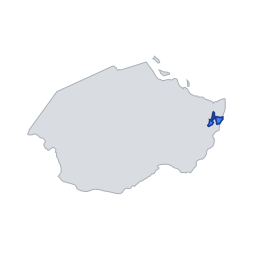 Masasi, Mtwara, United Republic of Tanzania (highlighted), rotated 307°
{"feature_id": "72390352B56058142056871", "entity_name": "Masasi", "entity_type": "district", "adm_level": 2, "iso_a3": "TZA", "parent_name": "United Republic of Tanzania", "parent_adm1": "Mtwara", "projection": "orthographic", "projection_center": [38.96, -10.762], "detail": "fine", "context": "in_parent", "style": "filled", "palette": "blue", "viewbox_px": 256, "rotation_deg": 307, "n_neighbors": 0, "source": "geoboundaries", "source_scale": "gbopen_adm2", "svg_char_len": 6941}
<svg xmlns="http://www.w3.org/2000/svg" viewBox="0 0 256 256"><g transform="rotate(307 128 128)"><path d="M99.7,173.3L97.3,172.1L95.2,171.4L93.4,170.5L92.6,169.7L90.9,169.4L89.5,169.3L88.2,168.6L85.4,168.4L85.1,167.9L85.1,166.7L84.6,166.4L83.6,166.2L82.5,166.2L81.9,166.4L81.5,166.3L80.6,165.7L79.8,164.8L79.4,163.5L78.2,162.6L76.7,162.0L72.7,162.1L72.1,161.9L71.2,161.3L70.0,160.2L69.1,158.9L68.3,157.1L67.4,154.8L62.7,145.4L62.2,143.6L61.3,141.6L59.8,139.2L58.2,137.4L56.0,135.8L53.6,134.3L52.3,133.2L49.8,128.8L49.3,126.7L48.8,124.6L49.0,123.7L50.5,120.8L50.6,120.0L50.4,119.0L49.6,116.8L48.6,114.1L46.6,109.3L46.3,108.0L46.3,107.1L47.4,102.1L47.4,101.4L52.0,101.3L55.3,99.1L58.2,95.7L58.7,94.3L59.9,92.2L61.0,91.1L61.5,90.4L62.1,88.3L63.7,86.8L65.1,85.7L64.8,84.9L65.0,84.7L65.9,84.1L67.4,83.5L67.7,82.4L67.7,81.2L67.5,80.5L67.5,79.7L67.3,79.3L66.2,79.2L64.7,78.6L63.4,78.4L62.5,78.1L62.2,77.8L62.0,77.1L62.7,75.1L62.0,74.4L63.6,71.2L63.9,70.8L64.5,70.7L65.4,70.4L66.2,70.2L66.9,70.3L67.5,70.2L67.9,69.8L68.3,68.7L68.6,66.9L68.4,65.5L67.7,64.4L67.5,62.7L67.8,60.3L67.6,58.4L66.9,56.9L66.1,56.1L65.0,55.7L63.1,53.4L62.6,52.3L62.7,51.6L63.3,51.3L64.5,51.3L65.5,51.0L66.6,50.4L67.5,50.1L68.1,50.2L114.2,49.3L168.3,78.6L168.6,79.0L169.0,81.5L168.9,82.4L168.1,83.9L167.8,84.7L167.8,85.2L168.0,85.4L168.7,85.5L169.3,85.9L169.6,86.1L170.0,87.3L170.6,87.8L191.2,102.5L191.7,102.8L191.4,104.0L190.2,107.0L190.1,108.3L189.7,109.7L189.3,110.7L188.1,114.9L187.1,116.5L185.7,120.2L185.5,123.1L186.3,125.1L186.5,126.9L188.1,128.8L189.4,129.4L190.2,130.3L191.8,132.2L192.6,134.1L195.3,135.0L196.4,137.2L196.0,138.7L194.8,139.9L193.6,141.9L192.6,144.5L192.6,148.5L193.2,147.9L194.7,148.8L194.9,151.8L193.4,155.2L192.9,156.8L192.8,158.2L193.9,162.3L195.5,164.4L195.4,165.0L195.0,165.6L197.8,169.3L197.5,172.5L198.6,175.0L199.0,177.1L199.7,178.8L199.8,179.9L199.0,181.2L201.0,181.5L202.2,182.6L202.7,183.6L204.2,183.5L205.0,184.2L206.1,184.8L208.6,186.5L209.3,187.3L209.7,188.1L202.8,193.4L200.3,194.7L198.5,195.3L196.6,195.7L194.8,196.5L193.1,197.8L190.9,198.5L188.2,198.5L185.4,199.4L181.0,202.1L178.4,200.6L176.4,200.1L174.1,200.2L172.7,200.4L172.2,200.7L171.8,201.6L171.4,203.2L169.9,204.6L167.2,206.0L164.8,206.6L162.6,206.2L161.0,205.7L160.2,204.9L159.1,204.5L157.5,204.6L156.1,205.2L154.7,206.3L152.4,206.7L149.3,206.6L147.7,206.1L147.4,205.2L146.1,204.2L143.6,203.0L141.8,202.9L140.6,204.1L139.5,204.9L138.6,205.2L137.7,205.2L136.5,204.9L133.0,204.9L129.8,204.9L129.5,203.2L128.8,202.2L128.2,201.6L127.1,201.5L126.8,201.0L126.4,200.0L125.8,199.1L125.1,198.3L124.6,197.6L124.5,197.0L124.6,196.3L125.2,194.6L125.4,193.4L125.3,192.1L124.9,190.9L124.2,189.4L124.2,189.0L124.0,188.0L123.9,187.3L124.1,186.4L123.9,185.2L123.2,182.7L123.2,182.1L122.5,180.9L120.3,178.1L120.2,177.7L116.8,174.9L115.4,174.3L114.9,174.9L114.7,175.4L114.9,176.3L114.8,176.7L114.7,176.9L113.9,176.9L113.4,176.8L112.1,176.1L111.1,175.9L108.6,176.1L107.7,176.3L107.1,176.1L105.7,174.8L104.2,174.6L102.8,174.5L100.5,173.1L99.7,173.3ZM195.7,124.6L196.8,127.8L196.7,128.4L195.9,128.7L195.5,128.7L195.0,128.2L194.6,127.2L194.0,127.4L193.0,126.2L192.0,126.1L191.1,124.6L191.4,123.3L191.2,121.0L192.3,119.9L192.9,117.9L193.7,119.3L193.8,121.3L194.8,123.8L195.7,124.6ZM201.2,105.9L201.2,106.7L201.0,107.4L201.1,109.6L201.0,111.1L200.1,113.1L199.4,113.9L198.8,113.6L198.3,113.3L197.9,112.7L198.7,109.0L198.3,106.2L199.9,106.5L201.2,105.9ZM198.8,151.3L198.0,151.5L197.7,151.3L197.2,150.7L198.1,150.1L198.9,149.1L200.8,147.6L201.7,146.4L201.6,147.6L200.5,150.1L199.6,150.3L198.8,151.3Z" fill="#d9dde1" stroke="#a8b0b8" stroke-width="1"/><path d="M193.9,197.1L193.7,196.9L193.5,196.7L193.4,196.6L193.2,196.3L193.0,196.2L192.8,196.1L192.7,196.1L192.6,196.3L192.3,196.3L192.3,196.2L192.4,195.9L192.2,195.9L192.1,195.6L191.9,195.5L191.6,195.2L191.6,194.7L191.5,194.2L191.3,194.0L191.2,193.8L191.2,193.7L190.9,193.6L190.7,193.5L190.7,193.2L190.4,193.1L190.2,192.9L190.2,192.7L190.3,192.6L190.5,192.4L190.3,192.3L190.3,192.2L190.1,192.1L190.0,191.9L189.9,191.6L189.7,191.8L189.5,191.7L189.4,191.7L189.0,191.7L188.9,191.7L188.6,191.7L188.5,191.8L188.4,191.9L188.4,192.0L188.3,192.3L187.7,192.3L187.7,192.5L187.8,192.5L187.7,192.7L187.7,192.9L187.8,193.0L187.7,193.2L187.7,193.3L187.5,193.5L187.3,193.7L187.2,193.8L186.9,193.9L186.7,193.9L186.7,194.0L186.6,194.3L186.6,194.5L186.4,194.7L186.4,194.8L186.2,195.0L185.9,195.3L185.6,195.5L185.4,195.6L185.0,195.9L184.8,196.0L184.7,196.1L184.6,196.3L184.5,196.6L184.5,196.9L184.8,196.9L184.9,197.0L185.0,197.2L185.2,197.3L185.3,197.3L185.4,197.5L185.5,197.5L185.7,197.8L185.9,197.7L186.1,197.8L186.2,198.0L186.3,198.0L186.4,198.4L186.5,198.4L186.6,198.5L186.8,198.5L187.0,198.5L187.3,198.4L187.4,198.5L187.6,198.5L187.8,198.5L188.3,198.5L188.5,198.5L188.8,198.4L189.2,198.4L189.4,198.3L189.7,198.3L190.0,198.3L190.2,198.2L190.3,198.1L190.5,198.2L190.8,198.3L191.0,198.3L191.6,198.6L191.9,198.6L192.0,198.6L192.3,198.3L192.5,198.2L193.0,197.9L193.2,197.6L193.3,197.5L193.4,197.4L193.9,197.1ZM190.6,186.9L190.6,187.0L190.3,187.1L190.2,187.2L190.0,187.4L189.9,187.4L189.7,187.4L189.7,187.5L189.3,187.8L189.2,187.8L188.9,187.9L188.8,188.0L188.7,188.0L188.4,188.1L188.1,188.1L188.0,188.3L187.8,188.3L187.7,188.4L187.7,188.5L187.3,188.6L187.2,188.6L186.8,188.8L186.7,188.8L186.7,189.0L186.6,189.3L186.5,189.2L186.1,189.3L185.9,189.3L185.7,189.3L185.3,189.3L185.2,189.3L184.9,189.3L184.8,189.1L184.7,189.0L184.6,188.9L184.4,188.8L184.4,188.7L184.2,188.3L184.1,188.2L184.1,188.3L183.8,188.6L183.5,188.7L182.9,188.7L182.5,189.0L182.3,189.1L182.2,189.2L182.0,189.3L181.9,189.3L181.7,189.4L181.4,189.5L181.0,189.7L180.6,189.9L180.0,190.2L179.1,190.2L178.8,190.1L178.6,190.2L178.1,190.1L177.9,190.2L177.9,190.5L177.9,190.8L177.8,191.1L177.7,191.3L177.8,191.5L178.0,191.7L178.3,191.9L178.7,191.9L178.8,192.0L179.1,192.1L179.5,192.4L179.8,192.4L180.4,192.7L180.7,192.8L180.8,192.8L181.0,192.9L181.2,193.0L181.4,193.2L181.5,193.1L181.8,193.1L182.0,193.1L182.3,193.1L182.6,193.1L183.0,193.0L183.4,193.0L183.7,193.0L183.7,192.9L183.8,192.5L184.1,192.3L184.1,192.2L183.9,191.7L183.8,191.2L183.8,190.9L184.0,190.9L184.1,191.0L184.2,190.9L184.4,191.0L184.5,190.9L184.4,190.6L184.3,190.4L185.0,190.6L185.5,191.0L185.9,191.1L186.0,191.1L185.9,190.5L186.2,190.5L186.3,190.5L186.5,190.5L186.8,190.7L187.0,190.7L187.3,190.7L187.5,190.8L187.8,190.7L188.0,190.8L188.7,190.9L188.8,190.9L189.0,190.8L189.5,190.7L189.4,190.6L189.3,190.4L189.2,190.4L189.2,190.2L189.0,189.9L188.9,189.9L188.8,189.7L188.7,189.7L188.6,189.4L188.8,189.4L189.0,189.2L189.4,189.2L189.5,189.3L189.8,189.4L190.0,189.3L190.3,189.3L190.5,189.2L190.8,189.0L190.8,188.9L191.0,188.8L191.0,188.7L191.3,188.5L191.5,188.3L192.0,188.0L192.0,187.9L192.2,187.7L192.2,187.4L192.2,187.2L192.2,186.9L192.3,186.7L192.3,186.4L192.2,186.4L191.8,186.4L191.5,186.5L191.4,186.6L191.5,186.6L191.4,186.7L191.2,186.8L191.0,187.0L190.9,187.0L190.7,186.9L190.6,186.9Z" fill="#3b82f6" stroke="#1e3a8a" stroke-width="1.5"/></g></svg>